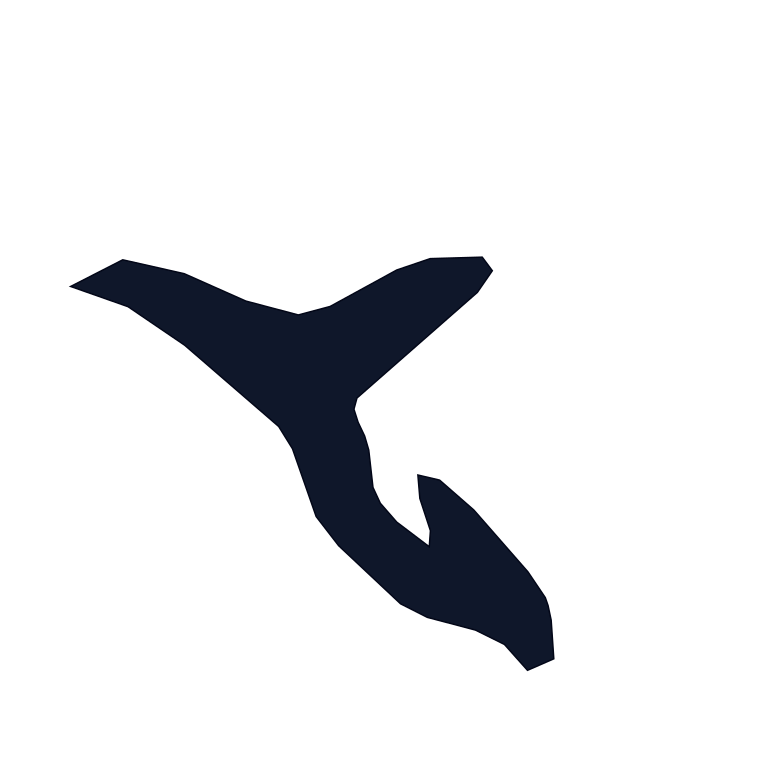 the border of South Eleuthera, rotated 129°
{"feature_id": "BHS-5029", "entity_name": "South Eleuthera", "entity_type": "District", "adm_level": 1, "iso_a3": "BHS", "parent_name": "The Bahamas", "parent_adm1": "", "projection": "albers", "projection_center": [-76.202, 24.817], "detail": "fine", "context": "isolated", "style": "filled", "palette": "ink", "viewbox_px": 768, "rotation_deg": 129, "n_neighbors": 0, "source": "natural_earth", "source_scale": "10m", "svg_char_len": 672}
<svg xmlns="http://www.w3.org/2000/svg" viewBox="0 0 768 768"><g transform="rotate(129 384 384)"><path d="M516.2,92.3L510.6,126.5L517.7,158.1L538.1,203.5L544.4,232.8L538.2,317.5L529.7,353.3L491.9,414.4L483.3,439.1L479.3,563.3L485.0,631.6L505.4,688.9L451.9,665.2L424.0,608.7L406.5,543.6L384.3,494.1L357.7,474.7L287.3,445.8L257.5,427.0L223.6,387.5L227.8,371.1L254.0,369.1L411.9,396.2L422.5,391.5L430.0,380.1L436.6,366.3L444.9,354.3L471.3,327.5L479.0,311.8L483.3,287.2L482.0,246.4L468.8,255.6L450.4,284.1L433.4,300.4L423.7,280.3L425.4,234.9L439.4,153.9L448.5,124.2L452.9,117.1L462.3,105.5L490.7,79.1L516.2,92.3Z" fill="#0f172a" stroke="#020617" stroke-width="1.5"/></g></svg>